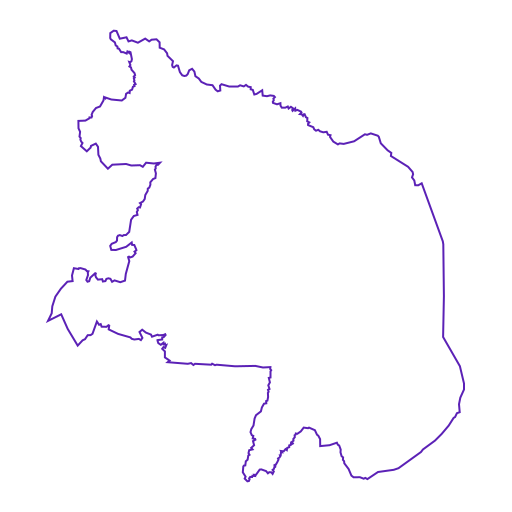 Xuan Loc, Đồng Nai, Vietnam
{"feature_id": "81297802B96051805348654", "entity_name": "Xuan Loc", "entity_type": "district", "adm_level": 2, "iso_a3": "VNM", "parent_name": "Vietnam", "parent_adm1": "Đồng Nai", "projection": "robinson", "projection_center": [107.38, 10.927], "detail": "fine", "context": "isolated", "style": "outline", "palette": "violet", "viewbox_px": 512, "rotation_deg": 0, "n_neighbors": 0, "source": "geoboundaries", "source_scale": "gbopen_adm2", "svg_char_len": 5966}
<svg xmlns="http://www.w3.org/2000/svg" viewBox="0 0 512 512"><path d="M247.4,481.3L248.9,481.0L249.6,479.2L249.1,478.4L250.2,476.9L252.1,477.0L252.4,475.8L254.8,476.0L254.2,474.8L255.9,474.9L259.7,469.6L261.3,469.4L266.1,471.1L267.9,473.3L269.2,472.2L271.3,472.3L272.6,473.9L273.8,471.5L272.6,469.9L274.0,468.8L274.3,467.1L275.2,466.9L275.4,465.7L274.6,465.1L276.1,464.2L277.4,461.9L278.5,459.6L278.0,458.5L279.6,457.4L280.3,456.1L280.0,455.4L280.7,455.4L281.0,452.2L281.9,452.3L281.1,451.0L283.7,451.3L285.5,449.1L286.8,450.1L287.2,447.9L289.2,447.2L289.2,445.4L290.7,445.0L291.0,443.2L292.0,444.0L292.9,443.5L291.9,441.9L293.5,440.7L293.3,439.0L294.8,437.2L294.6,435.3L295.6,434.6L295.8,433.5L297.3,433.8L300.8,431.4L303.7,427.6L308.1,428.2L309.0,427.6L314.9,430.2L317.0,434.7L318.3,435.7L320.1,439.1L320.2,446.1L329.6,445.2L336.9,442.7L337.8,444.7L339.2,445.5L340.7,449.6L340.5,452.3L341.6,456.2L343.1,457.4L342.9,459.8L344.1,461.2L344.3,463.3L348.6,469.0L351.4,475.6L353.6,477.3L359.9,477.2L363.7,478.7L365.3,477.9L367.4,479.1L378.0,472.0L393.8,469.8L398.5,468.2L421.0,452.0L422.9,449.5L435.0,440.6L441.6,434.0L448.7,425.6L453.6,417.9L455.1,417.0L456.9,413.2L459.7,412.2L459.0,404.2L460.3,397.7L464.0,389.5L464.0,383.5L459.9,366.2L443.1,337.0L443.9,296.3L443.3,244.3L442.8,241.3L421.7,183.3L418.2,185.3L415.2,185.2L414.3,180.5L412.0,177.4L413.1,174.3L412.6,172.0L408.1,166.8L390.9,156.0L391.3,152.9L387.6,150.3L380.8,143.3L378.8,136.8L377.8,135.7L370.8,133.4L367.1,134.8L364.9,134.3L354.1,141.3L343.7,143.9L339.6,143.4L337.9,144.4L333.3,141.6L330.0,136.9L330.5,135.2L328.0,134.7L326.7,131.8L323.3,132.3L320.0,131.3L318.3,129.8L316.0,130.7L314.2,129.3L313.3,127.2L308.1,125.1L308.0,123.9L309.3,122.4L307.2,121.3L307.4,118.0L305.9,117.2L304.6,114.2L303.8,114.3L303.0,115.9L301.7,114.3L300.0,114.1L301.5,112.5L301.0,111.6L297.3,109.9L295.4,110.7L295.2,108.4L292.6,110.8L292.2,110.0L293.0,108.3L290.9,106.8L288.6,108.5L287.8,106.5L285.2,107.7L281.8,107.7L280.5,105.6L280.4,103.2L277.0,104.3L273.0,102.9L272.8,101.8L273.8,100.2L273.4,98.6L274.9,97.1L273.8,95.9L270.2,95.4L267.0,96.2L262.7,95.6L262.2,90.3L256.6,93.9L254.3,94.5L252.8,89.9L250.7,89.3L250.7,87.1L248.2,86.7L246.0,84.9L243.8,86.4L240.1,85.3L238.0,86.5L229.1,86.5L221.5,84.2L220.0,85.7L220.3,90.5L217.7,91.3L215.6,89.7L212.5,85.2L206.8,84.5L201.3,81.9L198.8,78.5L195.4,76.2L194.4,71.6L192.1,68.8L189.2,70.3L187.7,74.1L186.3,75.6L184.4,76.0L182.2,75.3L179.9,72.1L178.0,65.7L176.5,65.4L173.9,67.5L172.7,66.9L172.1,65.0L173.0,61.2L167.5,55.8L167.1,53.3L164.1,49.4L159.7,47.7L159.6,42.3L156.5,39.3L151.6,39.7L149.2,41.4L145.2,38.6L137.9,42.7L131.8,40.4L128.5,41.4L126.5,37.3L119.8,38.7L116.5,31.0L113.7,30.7L110.3,33.1L110.2,38.0L110.8,39.3L114.9,42.4L115.7,45.4L117.4,46.5L117.6,48.4L119.0,48.7L121.1,52.1L123.2,52.1L126.7,53.6L127.4,51.5L129.4,53.1L129.5,51.8L130.5,52.2L131.9,59.1L131.4,61.3L130.2,62.2L129.2,61.9L130.4,65.0L129.4,66.5L131.0,67.4L131.5,69.7L134.5,73.1L135.1,75.2L133.8,76.5L134.7,77.6L133.8,78.2L134.4,80.5L133.9,81.3L135.6,84.1L134.1,84.8L134.5,86.1L132.9,86.8L132.1,89.6L129.8,90.7L129.6,93.0L128.1,92.5L126.1,93.8L125.4,97.8L121.8,100.5L111.3,99.5L105.1,97.4L105.1,98.1L104.0,97.2L103.5,100.4L100.0,106.5L96.0,108.0L92.7,112.0L91.6,114.8L92.1,116.1L91.5,117.5L89.5,117.4L89.4,118.3L85.4,120.6L78.4,120.9L78.5,128.3L80.1,131.8L79.5,136.6L80.7,138.1L80.4,139.6L81.2,141.6L82.5,143.0L80.9,146.1L86.8,151.3L90.6,147.6L91.0,145.9L95.8,143.6L98.0,146.8L98.4,154.8L100.3,158.5L100.9,161.3L107.9,168.7L112.3,164.7L126.1,164.0L131.3,165.5L140.0,165.2L142.8,166.8L146.1,162.7L153.8,163.5L160.0,162.7L158.0,164.8L156.5,164.9L155.5,166.7L155.7,168.5L154.9,169.6L155.9,173.4L155.4,178.1L153.1,179.0L150.3,182.3L150.4,184.7L149.3,187.6L147.8,188.6L147.7,190.9L145.3,195.0L144.7,199.0L143.0,201.5L140.0,203.1L141.1,204.2L140.0,207.5L138.7,207.2L137.2,208.6L137.9,210.1L136.8,212.0L137.5,214.9L133.8,216.0L131.1,219.7L129.2,231.9L126.0,235.0L123.7,235.1L122.4,236.0L119.8,235.1L118.0,235.7L117.1,237.2L117.0,240.6L115.8,242.1L111.7,243.8L110.2,245.9L111.3,249.9L115.9,250.0L126.2,246.8L131.7,242.5L132.1,244.9L134.3,245.0L136.2,249.4L136.4,250.3L134.5,251.6L135.6,253.2L132.6,256.6L130.3,257.4L129.0,256.6L128.1,257.1L129.3,261.1L125.8,273.9L125.0,280.6L120.3,282.2L114.5,280.4L112.1,281.8L110.4,278.8L108.4,278.3L106.4,278.9L105.4,281.1L102.9,281.5L102.2,279.2L97.9,279.6L96.0,277.3L95.3,275.2L95.8,273.5L95.2,273.2L90.3,277.7L89.2,281.2L87.5,281.7L86.3,280.0L88.0,275.1L87.8,272.6L88.4,271.3L86.9,271.1L85.4,269.5L80.5,268.1L78.8,268.3L78.5,269.0L73.9,268.2L72.0,275.5L72.6,281.1L67.4,281.7L60.9,288.7L55.4,296.6L52.3,306.3L51.7,313.3L48.0,320.9L61.2,314.3L67.7,328.9L77.7,345.6L82.6,340.3L85.0,339.2L87.7,335.2L90.6,335.1L92.5,333.8L96.9,321.5L99.1,324.8L100.7,324.1L101.6,326.7L106.5,326.8L108.5,325.2L109.2,325.6L108.7,329.4L118.1,333.9L130.4,337.4L131.7,338.8L134.3,339.5L138.9,338.9L140.9,340.1L142.4,337.9L139.5,332.0L142.2,329.7L145.9,332.6L151.0,334.6L152.0,336.7L157.7,334.7L158.6,335.3L163.4,335.0L165.2,334.2L165.6,335.0L163.7,337.1L162.2,337.4L162.2,339.5L157.5,340.1L157.5,340.6L158.3,343.1L160.8,344.8L163.5,342.7L163.7,344.3L165.0,343.7L165.4,345.5L166.3,345.1L165.2,347.9L163.5,347.1L162.2,348.8L164.9,351.4L164.9,357.4L169.6,360.6L167.7,362.2L187.8,363.8L191.1,363.1L193.4,365.0L195.0,363.8L211.2,364.7L212.1,363.7L215.0,365.2L216.6,364.7L235.2,366.3L255.3,365.9L263.0,367.5L270.4,367.1L270.2,369.0L271.2,370.2L270.5,371.4L270.5,377.5L268.8,377.9L269.9,382.4L268.3,385.3L269.5,389.0L268.0,389.8L268.6,391.8L267.9,392.9L268.1,397.0L267.4,400.6L266.1,401.1L266.3,403.3L264.0,403.7L261.9,407.4L260.9,411.4L256.0,415.2L254.6,418.5L253.5,425.5L251.3,429.1L250.5,432.1L251.8,435.2L253.3,435.9L252.7,438.4L255.1,438.9L255.4,439.7L253.0,441.1L254.1,445.2L251.2,447.9L252.5,449.4L249.2,450.2L248.5,453.1L249.5,454.8L248.3,455.5L247.6,459.7L245.8,461.3L245.3,465.4L243.9,465.6L243.3,466.5L242.8,472.3L245.6,476.7L244.7,478.6L247.4,481.3Z" fill="none" stroke="#5b21b6" stroke-width="2"/></svg>